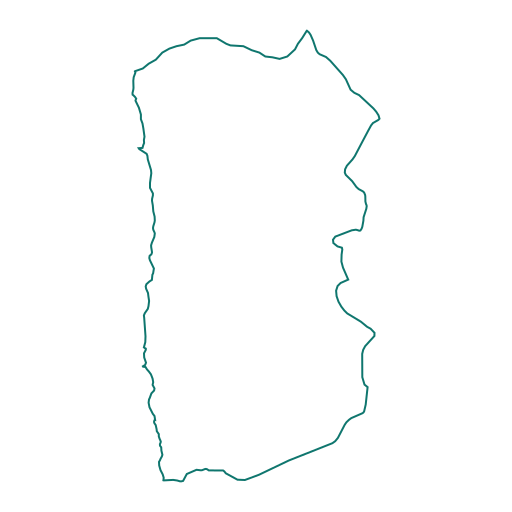 SVG path tracing the border of Tarapacá
{"feature_id": "CHL-2693", "entity_name": "Tarapacá", "entity_type": "Region", "adm_level": 1, "iso_a3": "CHL", "parent_name": "Chile", "parent_adm1": "", "projection": "equal_earth", "projection_center": [-69.568, -20.2], "detail": "fine", "context": "isolated", "style": "outline", "palette": "teal", "viewbox_px": 512, "rotation_deg": 0, "n_neighbors": 0, "source": "natural_earth", "source_scale": "10m", "svg_char_len": 3362}
<svg xmlns="http://www.w3.org/2000/svg" viewBox="0 0 512 512"><path d="M306.9,30.7L309.0,32.5L310.6,34.9L313.1,40.6L316.3,50.1L317.8,52.6L319.6,54.2L326.0,57.0L330.3,60.8L342.9,75.0L345.9,79.3L350.6,89.7L354.3,92.8L359.1,95.1L373.4,108.4L376.2,111.7L378.5,115.3L379.5,118.7L378.4,119.9L373.0,123.0L371.1,125.4L368.2,130.7L362.1,142.2L354.8,156.1L352.5,159.4L346.9,165.7L345.1,169.3L344.8,172.6L345.8,174.9L352.2,181.2L356.4,187.0L358.7,189.1L362.8,191.3L364.1,192.5L365.1,194.9L365.3,196.2L365.4,201.5L366.0,204.0L366.5,205.1L366.7,206.2L366.3,208.8L363.6,217.2L363.4,220.7L362.3,226.8L361.6,228.7L360.4,230.5L359.2,230.7L357.8,230.2L355.9,229.7L351.8,230.3L335.3,236.6L333.0,239.7L333.4,243.1L337.5,246.4L341.9,247.7L342.3,249.5L341.6,254.6L341.4,261.6L343.0,267.6L348.2,279.6L340.6,283.0L337.6,286.0L336.1,290.7L336.6,296.2L338.5,301.7L341.3,306.6L344.3,310.5L347.2,313.4L360.9,321.7L367.1,326.8L370.6,328.7L374.5,332.8L374.4,336.0L365.2,346.1L363.2,349.8L362.2,353.9L362.3,377.2L364.5,384.6L367.6,387.1L365.7,404.6L364.1,411.5L363.4,412.5L362.5,413.2L351.3,418.1L349.0,419.8L346.4,422.3L344.7,424.8L337.9,437.9L335.2,441.2L332.4,443.2L288.8,460.5L258.9,474.8L244.9,480.0L237.5,479.7L225.8,473.3L224.4,471.5L223.2,470.5L208.8,470.4L207.2,469.3L205.9,468.9L204.8,469.1L203.1,469.8L202.0,470.2L200.9,470.3L196.5,469.8L186.8,474.0L183.1,480.9L181.5,481.3L179.9,481.3L177.2,480.5L173.2,479.9L163.8,480.4L163.4,480.3L163.7,477.7L162.7,474.4L160.5,470.1L159.2,465.5L159.0,461.9L159.9,460.4L160.6,458.7L161.8,456.6L162.4,454.8L161.4,450.6L161.2,447.3L160.0,445.7L159.9,444.1L160.4,443.1L160.8,441.8L160.4,440.5L159.6,438.8L158.8,436.4L158.8,434.1L156.8,431.2L156.6,429.2L155.7,425.1L155.1,424.2L154.5,423.4L154.1,422.3L154.1,421.3L154.5,420.3L154.8,419.7L155.1,419.8L154.5,416.0L152.8,413.8L149.5,407.3L148.6,402.7L149.0,399.5L149.8,397.8L151.4,393.4L154.1,390.5L154.5,388.4L152.6,384.9L153.2,382.2L152.6,378.7L151.7,376.3L150.9,374.3L149.0,371.7L146.9,369.3L145.5,367.0L143.1,366.7L142.9,366.3L145.1,365.0L146.0,362.7L144.2,357.5L144.0,353.3L145.8,349.8L145.8,348.6L145.1,348.3L144.8,348.1L144.5,347.7L143.9,347.4L145.3,342.1L145.5,336.3L144.2,317.9L143.9,315.4L144.8,313.2L147.8,308.9L148.5,306.1L149.1,301.0L148.4,296.3L148.0,293.0L146.1,288.7L145.7,286.4L146.4,284.2L149.4,281.5L151.9,279.9L152.4,274.7L153.1,273.4L153.9,268.5L149.9,260.2L149.3,258.0L149.6,255.9L150.4,255.1L151.3,254.5L152.0,252.6L151.9,251.4L151.2,247.2L151.1,245.3L151.9,242.7L154.3,237.0L154.8,233.5L154.5,232.4L153.3,229.8L153.0,228.0L153.3,226.2L154.5,222.3L154.8,220.5L154.6,216.6L153.3,211.4L152.8,205.4L152.0,200.7L152.1,198.8L152.9,195.4L152.9,193.4L150.0,187.9L150.0,182.9L151.3,173.2L151.0,170.0L147.8,159.4L147.4,155.8L146.6,153.8L143.2,151.6L139.3,149.1L138.7,148.2L142.5,147.9L143.3,145.0L144.1,143.0L143.9,140.0L144.5,136.7L143.4,128.7L142.5,123.5L140.9,119.2L140.9,114.5L138.9,107.7L135.5,100.7L135.8,99.6L136.2,98.7L135.0,96.9L133.3,95.2L132.6,94.7L132.5,93.0L133.3,89.7L133.5,87.9L133.3,80.7L133.7,77.2L135.4,72.6L134.9,71.3L135.0,71.2L142.8,68.5L148.7,63.7L155.8,59.7L162.3,52.6L169.4,48.6L176.5,46.2L184.2,44.6L190.7,40.6L199.6,38.2L209.7,38.2L216.8,38.2L220.9,40.6L226.3,43.8L230.4,45.4L243.4,46.2L251.7,50.2L259.4,52.6L265.3,56.5L272.4,57.3L279.6,58.9L287.3,56.5L295.0,49.4L297.9,43.8L302.1,38.2L306.8,30.7L306.9,30.7Z" fill="none" stroke="#0f766e" stroke-width="2"/></svg>